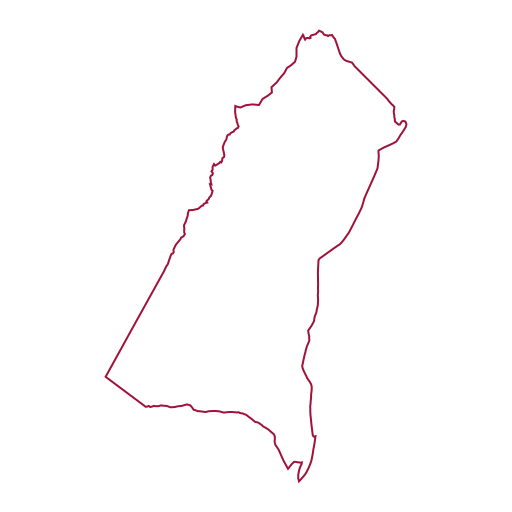 outline of Funyula, Western, Kenya
{"feature_id": "3690345B93161899730703", "entity_name": "Funyula", "entity_type": "district", "adm_level": 2, "iso_a3": "KEN", "parent_name": "Kenya", "parent_adm1": "Western", "projection": "equal_earth", "projection_center": [34.091, 0.245], "detail": "fine", "context": "isolated", "style": "outline", "palette": "rose", "viewbox_px": 512, "rotation_deg": 0, "n_neighbors": 0, "source": "geoboundaries", "source_scale": "gbopen_adm2", "svg_char_len": 4854}
<svg xmlns="http://www.w3.org/2000/svg" viewBox="0 0 512 512"><path d="M299.0,481.3L300.6,479.7L304.7,474.9L305.6,473.6L306.6,472.0L308.2,468.7L308.9,467.3L309.5,465.8L310.9,462.2L311.5,460.2L312.7,454.0L313.4,449.1L313.8,447.2L314.5,443.4L315.5,436.2L313.7,436.6L312.8,435.4L312.2,430.9L312.0,428.8L311.7,426.9L311.3,423.0L310.7,417.1L310.5,415.2L310.3,411.5L310.3,410.0L310.3,408.5L310.2,406.7L310.5,404.0L310.7,401.1L311.0,398.3L311.1,395.4L311.2,393.7L311.5,391.7L311.7,389.5L311.7,386.5L311.1,384.2L310.2,382.6L309.1,380.8L308.0,379.4L307.1,377.9L306.4,376.3L305.7,375.0L304.9,373.3L303.9,371.3L303.3,369.9L302.6,368.0L302.2,366.2L302.7,363.7L303.1,362.0L303.4,360.4L303.8,358.6L304.2,356.9L304.5,355.2L305.1,353.2L305.5,351.7L305.8,349.9L306.4,348.1L306.8,346.7L307.3,345.3L308.2,343.4L308.9,341.6L309.4,340.2L309.2,338.5L309.2,336.2L308.7,334.1L308.4,332.4L308.2,330.5L309.1,329.3L309.8,328.2L311.4,326.0L312.3,324.3L313.2,322.8L314.0,321.0L314.4,318.5L314.8,316.1L316.1,313.3L316.6,311.2L316.8,309.5L317.3,307.5L317.8,305.3L318.1,300.0L318.0,298.0L317.9,296.6L317.8,294.5L318.1,292.7L318.1,290.6L318.0,287.1L318.1,285.5L318.1,283.8L317.9,272.3L318.0,270.2L318.5,260.3L319.5,258.6L334.7,247.7L340.0,244.1L341.2,243.0L343.7,239.9L348.9,232.6L352.3,226.1L355.3,220.1L356.3,218.2L358.1,214.8L358.9,213.3L359.8,211.4L361.0,209.0L361.8,207.1L362.5,204.9L363.1,203.0L364.2,198.9L364.7,197.6L366.0,194.5L366.7,193.0L367.5,191.2L369.3,187.2L371.7,181.8L373.7,177.3L374.3,176.0L375.0,174.3L376.4,171.0L377.2,169.2L377.6,167.7L377.9,165.1L378.2,162.8L378.5,160.2L378.8,155.8L378.5,152.6L378.5,150.5L383.7,147.6L387.5,145.9L390.4,144.6L393.4,143.2L396.4,141.5L398.6,138.2L400.4,135.1L402.0,132.9L403.6,130.5L405.7,127.0L406.4,124.7L406.1,123.0L405.3,121.5L403.7,121.0L402.2,121.2L401.0,122.6L399.8,124.6L398.7,124.6L397.5,123.9L396.5,122.8L395.1,121.8L394.8,120.1L394.8,118.6L394.3,117.3L394.3,115.3L393.9,113.3L393.7,111.5L394.1,109.4L394.4,107.0L392.9,105.3L391.2,103.8L390.0,102.4L389.0,101.3L387.9,99.7L387.0,98.6L373.6,85.2L354.7,66.3L353.4,64.5L352.1,62.7L350.2,62.0L348.4,61.5L347.0,61.1L345.2,60.3L343.6,59.2L342.7,57.9L341.5,56.5L340.3,54.3L339.5,52.3L338.6,49.6L337.8,47.1L336.9,44.4L336.2,42.4L335.0,39.0L333.6,37.4L332.7,36.2L332.0,35.0L330.7,35.3L329.3,35.2L328.0,36.1L327.0,35.3L325.8,35.2L324.3,34.8L323.3,33.6L322.5,32.3L320.9,31.5L319.0,30.7L318.0,32.1L316.9,32.9L315.7,34.2L314.3,34.5L312.9,34.9L311.4,35.3L310.2,36.6L310.5,38.0L309.3,38.4L307.9,37.9L306.3,38.1L305.1,39.6L304.3,38.1L303.7,36.2L302.9,34.8L299.3,41.0L296.5,48.0L296.5,56.7L295.0,61.8L290.6,65.6L287.0,67.9L284.2,73.2L280.8,77.0L276.6,82.5L271.5,87.2L271.9,92.5L267.8,95.7L262.6,98.9L259.0,105.0L252.6,104.4L245.8,105.2L240.4,107.5L237.8,106.8L236.6,106.6L235.3,106.0L235.1,112.0L235.4,114.0L235.7,116.2L236.0,118.1L236.7,119.4L236.6,121.0L237.4,123.1L237.8,124.9L238.6,126.4L238.0,127.8L236.5,128.5L235.4,129.5L234.3,130.3L233.7,131.6L232.1,132.2L230.5,133.2L229.8,134.5L228.2,134.7L227.1,136.0L226.5,138.9L225.7,140.5L224.7,142.0L222.8,146.9L222.9,148.7L223.7,152.0L224.0,153.5L224.3,155.2L224.1,156.9L222.4,158.2L222.1,160.8L221.3,162.4L220.3,161.8L219.4,163.0L216.4,164.9L215.1,165.6L214.0,164.1L212.6,166.8L212.6,170.0L211.5,171.3L212.9,173.3L212.3,175.0L211.0,175.6L210.1,177.7L210.6,179.5L210.8,182.3L211.4,184.4L210.0,184.2L211.4,189.6L212.6,190.9L212.2,192.3L211.7,193.9L210.9,195.9L209.3,197.5L208.5,199.3L207.2,200.3L206.4,201.3L207.2,202.6L206.0,202.9L203.7,203.9L203.0,205.6L201.8,205.7L198.2,208.8L192.9,210.0L189.0,210.2L187.9,213.2L187.8,215.1L187.2,217.3L186.5,219.2L186.0,221.1L184.0,225.3L184.3,228.5L184.2,230.3L184.2,232.4L184.9,233.9L183.9,235.8L182.4,237.0L181.2,237.5L180.4,239.2L175.8,244.8L174.9,246.6L173.4,249.9L173.7,252.2L172.7,253.6L171.6,253.8L170.7,255.6L168.6,261.6L168.1,263.6L167.1,265.2L166.2,266.5L164.9,269.1L164.1,271.0L163.2,272.7L135.0,323.5L118.1,354.2L105.6,376.8L145.7,406.8L147.2,406.6L148.7,405.9L150.2,407.0L152.3,406.5L153.9,405.9L155.7,406.2L158.3,406.2L161.0,405.4L164.0,405.8L166.7,405.9L170.5,407.3L175.0,407.0L177.8,406.3L181.7,405.9L186.8,404.4L188.3,404.8L190.4,405.4L192.2,407.6L193.7,409.8L195.4,410.2L197.7,411.2L199.6,411.2L202.3,411.6L205.5,412.0L209.1,411.2L213.2,411.0L215.7,411.0L219.6,411.4L223.8,412.6L226.9,412.2L229.8,412.0L232.1,412.0L235.1,412.3L237.4,412.5L238.5,412.2L239.9,413.0L241.3,413.3L242.6,413.4L244.4,414.2L246.1,414.8L247.3,415.7L248.5,416.7L250.5,418.1L252.5,419.7L255.0,421.8L258.2,422.6L261.6,424.9L263.0,426.3L267.7,429.0L272.5,433.1L273.9,434.3L274.5,435.5L274.9,437.2L274.8,439.2L274.6,441.2L274.9,443.2L275.5,445.0L278.4,449.3L279.8,452.3L283.5,460.6L288.0,468.8L291.6,464.3L294.1,461.8L295.8,461.9L297.3,462.2L299.2,462.5L300.3,462.6L301.8,462.4L301.6,464.1L300.5,466.2L299.6,468.7L298.9,471.3L298.3,474.5L298.2,478.1L299.0,481.3Z" fill="none" stroke="#9f1239" stroke-width="2"/></svg>